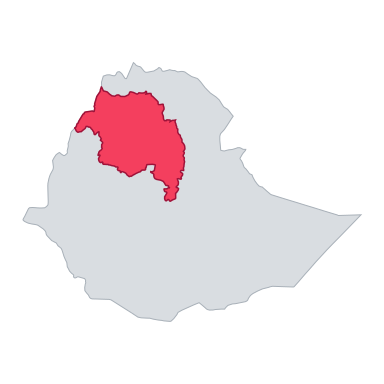 Amhara on a map of Ethiopia (Albers equal-area conic projection)
{"feature_id": "ETH-3109", "entity_name": "Amhara", "entity_type": "Administrative State", "adm_level": 1, "iso_a3": "ETH", "parent_name": "Ethiopia", "parent_adm1": "", "projection": "albers", "projection_center": [38.049, 11.266], "detail": "fine", "context": "in_parent", "style": "filled", "palette": "rose", "viewbox_px": 384, "rotation_deg": 0, "n_neighbors": 0, "source": "natural_earth", "source_scale": "10m", "svg_char_len": 9337}
<svg xmlns="http://www.w3.org/2000/svg" viewBox="0 0 384 384"><path d="M73.7,275.1L73.4,274.7L71.4,273.1L69.5,271.0L68.4,268.7L67.3,266.8L66.8,262.5L65.5,259.9L64.1,256.7L62.2,250.6L61.3,248.5L59.7,247.1L58.0,245.8L56.3,243.0L51.7,240.6L49.9,238.7L46.9,235.5L46.1,233.9L45.9,232.3L45.0,230.7L43.3,229.0L38.0,225.3L36.6,224.8L34.6,224.4L31.9,224.0L28.1,223.1L24.9,221.6L23.4,220.5L23.0,219.8L23.4,218.6L24.6,216.6L26.9,211.9L28.5,208.6L29.6,207.7L32.5,207.5L35.6,207.7L37.8,207.9L41.0,208.0L44.7,207.8L46.3,206.7L47.5,205.5L48.0,204.7L48.2,202.5L48.2,200.8L48.0,194.2L47.9,190.2L47.8,185.6L47.9,184.7L47.9,183.5L48.9,178.6L49.8,175.8L50.4,174.3L52.9,169.7L53.3,168.2L53.4,166.8L52.6,160.5L54.2,157.5L56.2,154.6L57.9,153.4L59.3,152.5L60.0,152.9L61.6,154.3L63.8,155.6L64.8,155.4L66.3,154.2L67.4,153.0L67.2,150.8L68.3,146.2L68.1,143.6L69.2,140.4L70.4,135.8L70.9,132.9L71.6,131.4L74.8,128.2L77.5,123.7L79.2,120.4L82.5,115.0L84.2,113.1L85.5,112.3L87.5,111.7L91.2,111.3L93.9,110.8L94.3,110.1L94.5,109.0L94.6,106.6L95.1,102.5L96.3,98.4L97.7,95.4L98.4,94.0L99.3,92.7L100.3,90.4L101.6,85.5L101.5,82.2L103.3,76.1L103.7,76.0L106.8,74.9L109.7,74.8L112.5,75.6L114.4,75.8L115.2,75.4L116.0,74.4L116.8,72.7L117.9,71.8L119.5,71.7L121.7,73.5L125.0,78.4L125.9,78.7L126.5,78.6L128.2,74.7L129.5,71.6L132.0,65.9L133.4,62.6L134.7,63.6L136.0,65.2L137.5,66.0L139.1,66.5L139.8,66.6L140.8,67.2L144.2,71.3L145.4,72.2L147.0,72.3L153.8,71.0L157.9,68.6L158.5,67.7L159.6,67.7L161.0,68.7L161.5,69.7L162.3,71.1L163.9,71.3L167.8,70.3L169.7,69.7L171.3,70.2L173.4,70.6L174.7,70.5L177.7,71.9L181.4,71.4L183.1,71.5L184.9,72.0L187.8,74.1L191.7,76.6L197.1,78.4L198.2,79.2L200.8,82.1L205.0,87.6L210.3,93.0L216.2,97.1L219.3,100.0L221.5,103.6L223.6,106.8L225.7,108.2L227.6,109.3L229.7,111.8L231.2,113.8L233.2,116.2L231.0,119.4L228.2,123.8L224.8,128.9L223.8,130.2L220.9,133.3L220.4,134.1L219.8,136.3L219.8,140.3L220.3,145.5L220.7,150.2L222.4,150.7L224.3,151.0L226.4,150.4L228.9,149.8L232.1,149.5L235.6,148.5L237.6,147.7L239.8,147.7L241.7,148.5L242.7,149.2L244.1,149.4L245.8,149.4L245.5,150.3L244.5,151.6L243.3,152.9L242.3,154.3L240.1,158.1L240.0,158.6L240.3,159.3L241.6,161.0L242.9,163.8L243.7,166.3L244.3,167.5L245.9,168.9L248.2,171.8L249.5,173.7L252.0,174.8L252.9,177.2L254.9,180.9L257.0,183.8L259.0,186.0L261.2,186.9L262.1,186.9L266.8,191.1L270.4,194.2L271.3,194.7L277.7,196.7L285.1,199.0L291.0,200.8L298.6,203.1L306.0,205.4L313.0,207.5L322.9,210.6L330.8,213.0L337.1,214.9L338.4,215.5L361.0,214.8L355.6,220.4L349.5,226.7L343.1,233.3L338.9,237.6L332.3,244.3L326.9,249.9L321.2,256.1L316.1,261.6L309.5,269.2L305.1,274.1L298.4,281.9L294.1,286.7L293.4,287.0L287.2,286.8L281.1,286.6L273.3,286.3L272.4,286.3L270.1,286.8L268.8,287.3L263.2,288.7L262.2,289.0L257.5,291.1L252.8,293.6L250.4,295.5L248.5,298.2L247.7,300.1L246.8,301.0L245.3,301.7L235.4,303.7L232.5,303.9L227.9,305.4L225.4,307.9L224.7,309.1L221.4,309.1L215.5,309.5L213.0,310.0L211.8,310.0L209.6,310.1L207.7,309.6L206.5,309.0L204.9,307.5L201.5,304.6L199.1,302.7L193.7,304.9L188.8,307.1L181.9,310.2L178.0,312.4L176.9,314.6L173.8,318.6L171.1,321.1L170.1,321.4L164.0,320.9L161.7,320.4L158.0,320.0L153.1,319.1L149.8,318.2L146.2,318.1L141.0,317.8L137.9,317.1L134.6,314.9L130.5,312.2L126.2,309.5L121.8,306.7L116.6,303.4L110.9,299.8L109.6,299.5L109.0,299.4L102.8,299.2L96.4,299.0L92.1,298.9L90.7,298.4L89.7,297.6L88.4,295.0L86.7,293.1L84.9,290.7L84.7,287.5L85.3,284.0L85.8,282.8L85.5,281.7L85.6,280.1L84.6,278.6L78.3,276.8L77.3,276.9L76.2,277.6L75.0,278.0L74.1,277.6L73.6,276.9L73.6,275.9L73.7,275.1Z" fill="#d9dde1" stroke="#a8b0b8" stroke-width="1"/><path d="M93.7,111.5L94.1,111.4L94.3,110.9L94.7,108.4L94.7,107.9L94.6,107.5L94.1,106.6L94.1,106.1L94.4,105.7L94.7,105.4L94.9,105.1L94.9,104.9L94.6,104.3L94.6,103.9L96.8,96.4L100.1,91.6L100.3,91.0L100.4,89.7L100.5,89.3L101.4,87.0L101.7,87.2L103.3,90.7L103.6,91.0L103.9,91.0L106.9,91.8L107.3,92.0L109.7,94.3L110.9,95.0L111.5,95.7L111.9,95.8L114.5,96.2L114.9,96.2L115.2,96.0L115.5,95.8L116.7,95.1L117.4,95.0L118.1,94.9L118.6,95.0L119.3,95.3L119.8,95.7L120.4,96.3L120.7,96.4L124.5,96.5L125.2,96.4L128.3,94.9L128.6,94.6L128.9,94.3L129.1,93.9L129.7,92.3L130.2,91.9L131.1,91.9L133.5,92.5L136.5,93.9L137.2,94.1L137.9,93.7L138.4,93.4L138.9,92.8L139.7,92.9L140.9,93.0L142.1,93.1L144.3,92.8L144.8,92.6L145.1,92.2L145.6,91.5L145.9,91.3L146.2,91.4L146.4,91.6L146.6,92.0L146.7,92.5L146.0,94.1L148.0,93.7L148.8,93.4L149.3,93.4L150.9,93.5L151.2,94.4L151.4,95.4L151.5,95.8L152.4,96.2L157.4,101.1L158.0,101.8L158.1,102.5L158.1,103.0L158.1,103.5L158.2,104.0L158.4,104.4L158.7,104.6L159.1,104.6L160.2,104.6L162.6,104.2L163.1,104.3L163.3,104.8L163.3,105.5L163.5,106.2L163.8,107.0L164.0,108.0L164.0,109.3L162.3,112.3L162.2,113.1L162.4,113.9L163.3,116.2L163.5,118.7L163.6,119.2L163.9,119.8L164.2,120.3L164.6,120.7L164.8,120.7L166.4,120.6L166.5,120.0L167.2,119.9L170.0,120.0L170.2,120.3L170.3,120.8L170.2,121.3L170.1,121.6L172.1,120.5L172.4,120.4L174.0,120.3L174.7,120.2L175.5,120.0L175.1,121.1L175.1,121.3L175.1,121.9L175.3,122.5L175.8,123.7L176.0,124.3L176.0,124.9L176.0,125.2L176.4,125.8L176.5,126.1L176.7,126.8L176.7,127.8L176.8,128.1L177.1,128.6L177.3,128.8L177.8,129.1L177.7,131.4L177.7,132.0L177.8,132.5L178.6,133.9L179.0,134.4L179.5,134.8L180.1,135.1L180.3,135.7L180.5,136.9L180.7,137.4L181.7,139.0L181.9,139.5L182.0,140.8L182.0,142.1L182.7,142.8L183.1,143.2L183.5,143.7L184.4,145.3L184.6,145.9L184.7,146.5L184.8,147.6L184.9,148.4L184.9,148.8L184.8,149.2L184.7,149.5L183.4,151.4L184.0,152.1L184.3,152.7L184.2,153.3L184.0,153.9L183.3,155.0L183.2,155.5L183.2,156.0L183.4,156.6L184.1,157.5L184.3,157.8L184.3,158.3L184.1,159.4L184.1,159.9L184.6,161.7L184.5,162.3L184.3,162.8L184.2,163.3L183.9,166.1L183.9,166.6L183.5,167.6L183.4,168.2L183.7,170.0L183.6,170.5L182.2,170.4L181.6,170.4L181.1,170.5L180.7,170.8L180.5,171.4L180.5,171.9L180.8,172.3L181.3,172.6L182.0,173.0L182.4,173.4L182.7,173.8L182.6,174.7L182.5,175.2L181.8,176.1L181.6,176.5L181.0,177.3L181.0,177.6L181.3,178.2L181.4,178.4L181.1,179.1L180.2,179.1L178.3,178.6L177.4,178.8L177.5,179.7L178.4,181.8L178.4,183.0L178.3,184.2L177.9,185.2L177.0,186.0L176.6,186.4L176.3,186.7L176.2,187.1L176.5,187.5L177.4,187.7L177.7,187.9L178.5,188.5L178.4,189.5L177.9,190.6L177.1,191.6L176.6,192.5L175.6,193.3L175.7,197.9L175.5,198.6L174.8,199.0L172.5,199.9L171.7,200.4L170.6,201.1L170.1,201.2L169.6,200.9L168.8,199.7L168.1,199.5L167.7,199.6L166.6,200.7L166.1,200.8L165.7,200.7L165.4,200.5L165.2,200.2L164.7,199.0L164.6,198.6L164.7,198.2L164.6,196.9L166.5,193.7L166.8,193.0L166.7,192.3L166.3,192.0L165.1,191.7L164.6,191.3L164.3,190.6L164.1,189.8L164.0,189.1L164.2,188.9L165.0,188.9L167.0,188.8L167.3,188.6L168.4,187.8L168.9,187.7L169.8,188.0L168.4,186.6L168.3,186.4L168.4,185.9L167.9,185.6L167.2,185.5L166.7,185.5L165.9,185.4L165.2,184.4L164.4,183.0L163.3,181.4L160.7,180.2L156.6,179.4L155.1,178.7L154.4,177.8L154.0,176.8L153.8,175.7L153.8,174.5L153.8,174.4L153.3,173.8L152.9,173.4L152.7,173.3L151.3,172.7L150.8,172.3L150.8,171.6L151.7,171.8L152.5,171.6L154.0,170.8L154.3,170.5L155.2,165.9L155.3,165.1L154.9,164.7L152.3,164.3L147.0,164.6L146.8,164.8L146.7,165.0L146.1,167.4L146.0,167.7L145.8,167.9L145.6,167.9L145.5,168.1L145.5,168.4L145.6,169.1L145.6,169.3L145.3,169.8L144.8,170.0L144.2,170.1L143.7,170.1L143.1,170.0L142.9,170.0L142.1,170.2L141.4,170.4L141.2,170.6L141.0,171.1L140.4,171.7L140.2,171.8L138.7,172.2L135.5,173.7L134.4,174.5L134.2,174.5L133.6,174.6L133.4,174.7L132.9,175.3L131.3,176.2L131.1,176.3L130.6,176.2L130.2,176.2L129.6,176.6L129.2,176.6L127.1,175.0L126.8,174.6L126.7,174.3L126.2,173.7L125.7,173.1L125.4,172.9L123.3,171.9L122.5,171.7L121.7,171.6L121.4,171.7L121.2,172.3L121.0,172.6L120.7,172.6L120.3,172.1L120.2,171.9L120.2,171.1L120.0,170.9L119.6,170.7L119.3,170.6L119.0,170.6L118.6,170.6L118.4,170.6L118.2,170.5L117.7,169.9L117.4,169.2L117.6,168.5L118.0,167.8L117.9,167.2L117.6,167.0L116.1,167.0L115.6,166.9L115.2,166.6L114.6,166.1L111.3,165.5L110.4,165.1L110.0,165.0L108.9,165.0L108.7,164.9L108.1,164.4L107.9,164.4L107.3,164.5L107.1,164.5L104.6,164.3L103.6,164.3L103.1,164.1L102.8,163.7L102.8,163.3L102.8,162.9L102.8,162.5L102.6,162.2L102.4,162.1L102.1,162.1L101.0,162.6L100.5,162.6L99.9,162.2L99.4,161.7L99.0,160.9L98.7,160.0L98.5,158.7L100.0,155.4L99.7,155.0L99.2,155.0L98.8,155.1L98.4,155.4L98.2,155.9L98.1,154.9L98.2,154.2L98.8,152.9L98.8,152.2L99.1,151.8L99.8,150.9L101.0,150.1L101.6,149.4L102.2,148.4L101.5,147.0L101.8,146.3L101.7,145.8L101.6,144.9L101.8,144.4L102.2,143.9L102.6,143.2L102.6,142.3L101.3,140.9L100.9,140.7L100.4,140.2L100.6,139.7L101.0,139.3L101.3,138.9L101.2,138.7L100.0,136.7L99.2,136.0L98.9,135.5L98.9,133.5L99.0,132.0L98.8,131.8L98.3,131.9L97.4,132.5L96.5,133.3L95.6,134.3L95.2,134.6L94.7,134.6L94.3,134.4L94.0,133.4L93.8,132.2L93.6,131.7L93.0,131.0L92.2,129.6L91.2,128.8L91.0,128.5L90.7,127.9L90.5,127.6L90.0,127.3L89.9,127.2L89.5,127.1L88.9,127.1L88.3,127.0L88.0,126.6L87.8,126.5L87.1,126.5L86.2,126.4L86.1,126.5L85.4,128.0L85.1,128.5L82.3,130.7L81.7,131.3L81.2,131.7L80.8,131.7L80.2,131.7L79.5,131.8L78.3,132.2L77.8,132.2L77.3,131.9L76.7,131.4L76.1,130.7L75.3,128.7L74.7,128.2L74.8,127.8L75.0,127.7L75.8,127.2L76.2,126.7L76.4,126.1L76.7,124.9L77.1,123.9L77.2,123.6L77.5,123.5L77.9,123.2L78.2,123.0L78.4,122.7L78.5,121.8L78.8,121.2L83.0,114.2L83.4,113.9L83.8,113.9L84.0,113.8L84.2,113.5L84.5,112.4L85.5,112.0L92.2,111.0L92.7,111.1L93.1,111.4L93.7,111.5Z" fill="#f43f5e" stroke="#9f1239" stroke-width="1.5"/></svg>